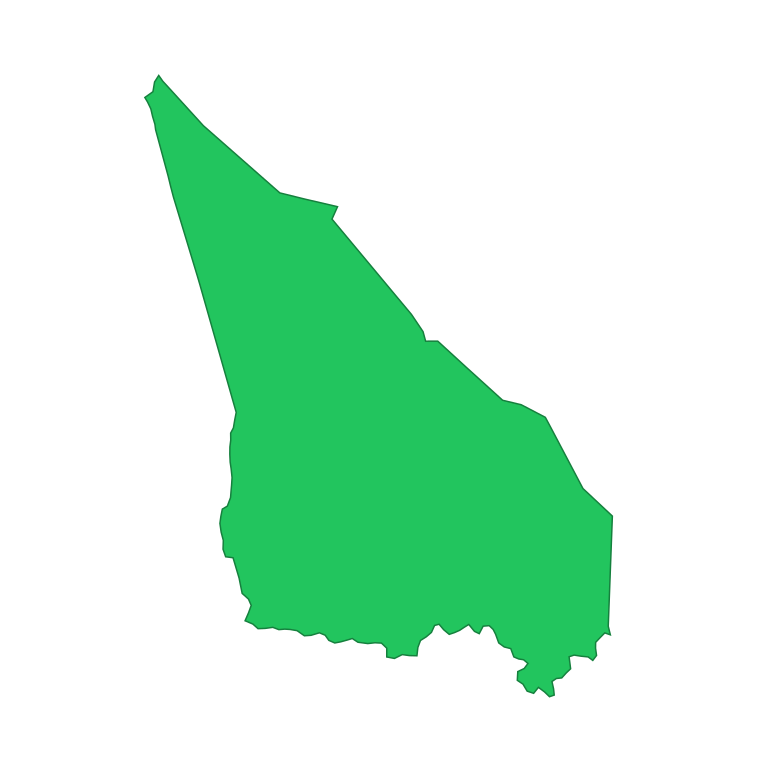 the district of Ponto Novo, Bahia, Brazil, rotated 176°
{"feature_id": "56859067B49472720818380", "entity_name": "Ponto Novo", "entity_type": "district", "adm_level": 2, "iso_a3": "BRA", "parent_name": "Brazil", "parent_adm1": "Bahia", "projection": "robinson", "projection_center": [-40.103, -10.99], "detail": "fine", "context": "isolated", "style": "filled", "palette": "green", "viewbox_px": 768, "rotation_deg": 176, "n_neighbors": 0, "source": "geoboundaries", "source_scale": "gbopen_adm2", "svg_char_len": 1840}
<svg xmlns="http://www.w3.org/2000/svg" viewBox="0 0 768 768"><g transform="rotate(176 384 384)"><path d="M587.2,707.5L591.8,701.3L594.1,691.7L602.6,686.5L600.2,681.8L597.4,674.7L596.2,667.1L594.4,659.0L594.1,653.6L584.8,606.3L583.0,595.7L581.0,585.1L562.7,504.9L560.6,495.3L533.4,366.0L535.4,358.6L537.3,350.7L540.4,345.7L540.8,338.7L542.1,332.0L542.7,324.7L542.9,316.7L542.4,310.0L542.1,301.2L543.1,293.7L544.0,288.1L545.0,281.4L548.8,273.1L554.0,270.5L556.0,263.2L557.4,256.4L556.8,247.7L555.2,239.2L556.1,230.4L554.0,222.7L546.7,221.2L542.1,200.5L540.1,185.0L534.2,178.9L531.9,172.4L535.0,165.4L539.1,157.5L531.6,153.7L526.7,148.7L519.6,148.5L511.9,149.0L506.0,146.3L500.1,146.4L494.8,145.7L487.9,144.0L481.0,138.4L474.3,138.4L465.8,140.3L460.2,137.5L456.9,132.1L451.2,129.1L445.2,129.8L438.8,131.1L433.4,132.3L428.0,128.2L418.3,126.2L411.1,126.5L404.6,125.7L399.7,120.3L400.3,111.5L392.7,109.5L384.7,112.8L377.6,111.3L370.1,110.6L368.6,118.8L365.5,125.6L359.4,128.9L354.0,132.9L350.4,139.6L345.8,140.5L341.6,134.7L336.4,129.7L331.0,131.1L325.7,133.0L320.8,135.8L316.2,138.2L311.0,130.9L306.4,128.3L302.0,135.5L295.9,135.6L292.2,131.5L290.1,126.5L287.6,117.7L282.4,113.3L276.0,111.2L273.5,102.7L268.8,100.3L264.0,99.2L259.9,95.2L264.0,90.4L270.6,87.8L271.7,79.1L266.3,74.9L262.6,67.6L256.3,65.0L251.1,70.6L245.4,65.7L240.7,60.5L235.9,61.8L236.1,68.0L237.2,75.5L232.6,78.2L227.2,78.4L222.3,83.1L217.7,86.9L218.4,99.0L213.3,100.3L206.3,98.7L199.4,97.5L195.0,93.7L190.9,98.4L191.4,105.7L190.9,111.5L186.0,116.0L181.1,120.3L175.7,118.0L177.2,126.7L165.4,236.3L192.8,265.8L220.8,329.3L225.4,339.5L248.5,353.7L266.8,359.5L301.5,395.7L327.4,423.0L339.5,423.8L341.4,433.5L351.7,451.4L424.4,552.1L418.0,564.1L449.5,573.8L474.6,581.9L546.2,654.3L578.3,694.9L583.5,701.4L587.2,707.5Z" fill="#22c55e" stroke="#15803d" stroke-width="1.5"/></g></svg>